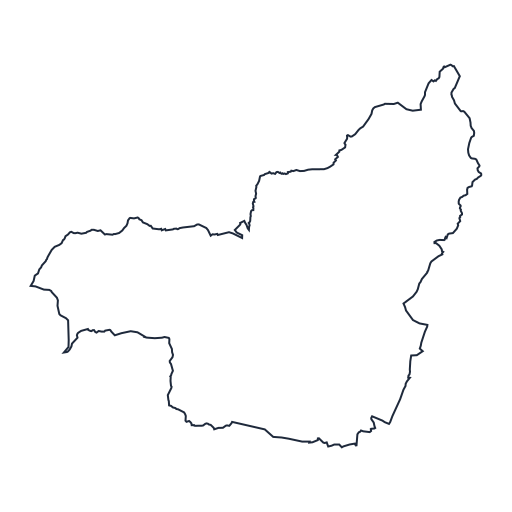 outline of Tarsolt, Satu Mare, Romania
{"feature_id": "2599482B11376721616629", "entity_name": "Tarsolt", "entity_type": "district", "adm_level": 2, "iso_a3": "ROU", "parent_name": "Romania", "parent_adm1": "Satu Mare", "projection": "mercator", "projection_center": [23.323, 47.964], "detail": "fine", "context": "isolated", "style": "outline", "palette": "slate", "viewbox_px": 512, "rotation_deg": 0, "n_neighbors": 0, "source": "geoboundaries", "source_scale": "gbopen_adm2", "svg_char_len": 6032}
<svg xmlns="http://www.w3.org/2000/svg" viewBox="0 0 512 512"><path d="M453.9,66.1L452.8,66.3L451.4,65.1L450.4,64.7L444.8,67.2L444.1,66.5L443.4,67.2L443.1,68.6L439.7,71.7L439.4,77.0L438.7,78.3L437.2,79.1L435.9,80.9L434.9,80.3L433.5,81.4L431.5,80.0L428.6,83.3L425.0,92.2L425.0,94.9L424.5,96.3L421.7,101.4L420.6,104.1L420.9,109.7L412.7,110.7L406.4,109.2L397.8,102.7L393.8,104.0L384.9,103.8L383.8,104.5L374.9,107.1L373.3,108.4L372.2,110.4L371.5,113.9L368.6,119.0L363.1,126.6L360.3,128.3L358.6,129.9L355.2,134.2L351.8,136.5L350.5,136.6L347.9,135.1L347.0,135.6L347.2,137.9L347.0,138.9L344.5,142.9L344.5,143.4L345.5,144.7L345.1,147.4L341.4,149.9L339.4,150.4L339.3,151.7L335.9,154.9L336.9,155.0L337.9,156.9L335.2,159.3L335.9,160.5L333.6,162.7L333.5,164.4L330.1,166.7L327.5,168.1L324.0,169.2L311.8,169.3L308.1,169.7L304.1,170.9L300.0,171.1L296.4,170.0L293.3,171.1L291.3,170.7L290.7,171.7L287.9,172.1L288.0,173.0L287.8,173.4L285.9,174.1L284.7,173.5L283.3,173.9L282.6,173.3L281.8,173.8L280.8,173.3L280.3,172.6L279.6,173.0L277.8,171.9L276.5,172.1L275.1,173.9L273.2,173.2L271.5,173.6L270.6,172.8L269.5,172.6L269.7,172.1L269.4,171.9L268.4,173.0L264.9,174.1L264.0,175.0L260.4,176.0L260.0,176.6L259.1,180.9L257.5,184.1L256.2,185.8L256.4,186.9L255.5,190.8L256.1,193.7L255.5,196.2L255.8,197.9L255.6,198.3L254.0,199.2L253.9,200.4L254.4,201.8L253.2,202.0L252.8,203.5L253.5,206.2L253.0,207.2L253.4,208.0L253.3,210.1L252.0,210.2L251.1,211.1L250.5,214.1L250.8,216.1L250.4,217.1L250.2,221.0L249.7,222.0L248.7,223.0L249.2,223.6L249.6,225.3L249.1,226.8L248.9,229.9L247.7,228.3L246.5,224.9L245.2,222.9L244.3,220.9L240.1,223.0L240.4,224.0L239.9,224.9L234.8,230.0L236.7,232.5L242.2,235.2L242.1,238.0L232.8,233.4L229.0,232.2L217.8,235.0L217.3,233.9L214.5,234.5L212.5,234.3L210.7,235.7L208.0,230.1L206.3,228.0L198.8,224.4L197.1,224.5L194.1,226.2L182.9,227.5L179.7,228.1L178.1,229.1L177.3,229.2L176.4,228.6L173.9,228.8L172.9,229.4L165.8,230.4L165.2,229.0L161.7,230.3L161.2,228.8L159.2,229.3L152.7,228.5L150.8,225.8L149.6,225.9L147.4,224.2L142.9,222.4L141.5,220.2L139.3,219.3L138.9,218.4L137.7,217.5L134.0,218.4L130.2,217.9L129.6,218.2L128.0,220.4L127.5,223.3L126.4,225.8L124.1,228.0L122.3,230.5L119.1,233.0L115.1,234.1L113.9,234.0L112.5,234.7L106.4,234.1L104.9,234.5L100.5,230.3L97.8,231.0L93.9,229.8L91.6,229.8L90.5,230.7L87.0,231.9L86.1,232.8L81.4,233.7L77.6,232.7L75.3,233.2L73.7,233.1L71.3,231.8L69.9,232.3L68.0,234.5L65.5,236.2L64.7,238.4L64.0,239.5L63.0,240.1L61.6,243.2L59.3,244.9L54.7,246.8L51.7,249.9L48.6,255.3L47.4,257.5L47.0,259.0L46.2,259.9L45.7,261.2L41.9,265.4L41.1,267.4L39.3,269.4L38.0,273.4L34.8,275.6L33.6,281.0L30.7,285.9L35.5,286.4L43.9,289.6L49.3,289.9L51.2,291.0L51.8,292.2L56.9,297.7L57.9,300.4L57.5,305.8L59.3,314.0L60.5,315.3L66.0,318.2L68.1,320.3L68.7,340.1L68.5,347.0L63.9,352.5L67.0,352.0L67.9,351.5L69.6,349.6L71.4,346.5L72.0,343.6L77.5,337.7L76.9,335.2L77.5,333.6L78.2,332.8L81.1,330.9L87.9,329.0L88.2,329.9L90.5,331.0L91.5,331.1L92.6,330.2L94.0,330.1L95.3,332.0L96.5,332.6L98.7,331.0L101.6,331.6L104.3,331.6L105.2,330.6L109.6,329.8L110.3,330.1L111.4,331.7L114.8,335.3L121.4,333.2L130.7,331.2L137.5,332.3L144.9,336.7L144.6,337.0L146.7,337.6L154.8,338.2L162.0,337.7L164.5,337.0L168.8,337.9L169.4,339.1L169.2,343.2L171.9,349.0L172.1,352.2L173.0,354.9L172.5,357.2L169.7,361.0L169.9,362.5L171.0,364.0L172.9,370.8L171.4,374.0L171.2,375.1L170.3,376.4L170.7,376.8L170.5,380.9L171.0,385.8L171.6,386.8L171.3,388.1L167.8,395.1L168.4,400.0L168.8,401.0L169.1,405.4L171.1,405.9L172.8,407.4L175.5,408.1L176.3,409.0L178.1,409.3L184.1,412.4L185.2,414.3L185.8,416.0L185.5,420.7L186.5,421.8L189.1,421.0L190.4,422.1L191.4,423.4L191.7,425.2L194.0,425.1L194.2,425.6L195.1,425.8L201.9,425.7L203.1,425.5L205.3,423.8L206.6,423.4L208.1,423.8L208.9,424.5L210.7,424.9L213.7,427.8L214.2,429.3L218.4,427.9L222.9,427.8L225.8,425.7L227.0,425.4L229.3,425.8L231.5,423.2L232.1,421.9L264.8,429.4L273.2,436.9L281.6,437.5L288.7,438.7L302.2,441.6L309.6,441.6L309.3,442.6L312.4,442.3L317.8,440.1L317.9,438.4L318.9,438.3L323.3,442.6L324.7,443.0L326.7,442.4L328.2,446.5L331.6,445.7L334.3,444.5L339.2,444.5L341.8,447.3L343.4,446.4L349.6,444.5L354.8,443.6L355.0,444.3L355.7,444.1L356.0,445.4L356.5,445.3L357.4,434.3L358.8,432.3L360.2,431.7L361.0,430.5L363.2,431.3L369.7,432.1L371.1,431.0L370.8,429.0L371.1,428.8L374.4,428.5L375.2,428.0L374.5,426.2L373.7,422.5L371.4,419.3L371.2,418.1L372.1,416.3L382.4,420.6L384.8,422.2L389.0,423.9L390.2,422.0L392.4,416.1L400.1,399.3L403.5,389.6L405.5,386.0L405.7,383.7L406.9,381.4L409.8,377.8L408.2,377.6L408.5,375.6L409.5,374.4L410.0,371.7L409.8,369.6L410.3,361.2L411.2,355.5L416.8,355.2L422.7,351.2L419.8,348.6L420.8,345.6L421.3,342.7L424.9,331.7L427.2,326.6L427.4,324.9L419.5,323.4L413.0,320.1L406.0,310.5L405.1,307.2L403.5,303.5L412.9,296.5L416.6,291.8L417.8,289.2L419.3,283.5L420.5,282.1L421.9,279.0L427.3,272.5L427.3,271.7L428.1,270.7L430.3,263.3L431.4,261.5L438.5,256.2L442.3,254.4L441.9,253.4L443.2,251.9L442.0,251.2L441.7,249.3L439.3,245.7L436.0,243.1L434.5,243.1L434.4,242.0L436.8,240.5L439.6,239.9L444.1,240.1L444.8,239.6L445.0,238.3L445.6,237.0L446.6,238.0L447.8,234.4L449.1,233.6L452.9,233.1L456.8,228.7L458.2,225.3L457.7,223.7L460.2,221.1L459.4,218.2L459.7,217.4L460.2,217.1L460.1,215.8L462.0,214.5L462.0,213.2L460.7,210.7L460.9,209.6L459.9,208.4L460.0,207.4L460.6,206.5L460.6,205.5L458.9,203.9L458.7,203.3L458.7,201.3L459.1,199.7L460.4,197.6L462.2,196.9L463.6,195.7L465.6,195.2L467.3,193.9L467.1,189.6L467.6,187.8L469.0,187.0L471.7,186.3L472.1,185.4L472.5,182.1L475.0,179.6L476.8,178.9L478.1,177.5L480.8,175.8L481.3,175.0L481.1,173.5L478.7,172.0L477.7,170.2L477.5,168.3L479.3,166.4L479.5,165.5L478.0,163.2L476.3,159.5L475.0,158.8L471.8,158.4L470.8,157.9L469.1,155.4L468.3,152.7L468.0,149.3L469.3,143.0L471.1,137.8L471.7,137.0L473.8,135.8L474.2,132.9L473.9,130.9L471.6,128.1L470.7,125.8L470.5,122.6L469.6,118.2L464.3,111.7L463.1,111.1L461.1,111.3L460.6,111.0L454.9,103.5L454.0,100.3L452.0,96.8L451.8,95.2L451.4,94.7L451.5,92.5L453.6,88.9L454.8,88.0L459.8,76.2L453.9,66.1Z" fill="none" stroke="#1e293b" stroke-width="2"/></svg>